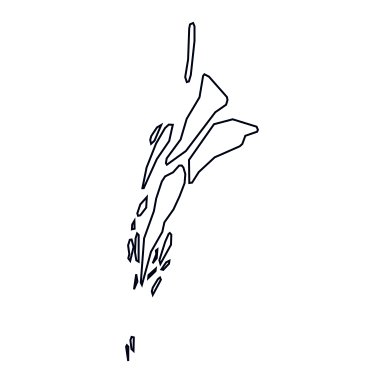 Essequibo I./L.B.E.River, Essequibo Islands-West Demerara, Guyana (Equal Earth projection)
{"feature_id": "73187651B51062108887281", "entity_name": "Essequibo I./L.B.E.River", "entity_type": "district", "adm_level": 2, "iso_a3": "GUY", "parent_name": "Guyana", "parent_adm1": "Essequibo Islands-West Demerara", "projection": "equal_earth", "projection_center": [-58.518, 6.771], "detail": "medium", "context": "isolated", "style": "outline", "palette": "ink", "viewbox_px": 384, "rotation_deg": 0, "n_neighbors": 0, "source": "geoboundaries", "source_scale": "gbopen_adm2", "svg_char_len": 1927}
<svg xmlns="http://www.w3.org/2000/svg" viewBox="0 0 384 384"><path d="M257.9,129.8L256.6,126.7L232.7,119.3L214.0,124.2L189.0,159.9L189.3,183.0L192.1,182.6L198.8,172.0L214.7,157.3L239.7,146.3L242.3,144.0L245.3,135.8L257.1,131.7L257.9,129.8ZM185.3,174.1L183.4,167.5L181.7,165.5L179.1,165.6L173.0,172.4L165.1,176.4L161.8,181.5L156.2,198.5L153.9,211.1L144.1,238.3L140.8,282.7L141.9,284.9L151.0,251.8L162.3,231.9L164.4,222.3L173.5,209.4L179.6,196.2L184.6,183.1L185.3,174.1ZM226.9,97.0L208.9,76.6L204.4,74.3L203.1,75.9L199.5,97.3L186.7,118.8L180.6,139.5L166.7,158.4L165.9,163.1L166.9,164.7L185.9,151.0L215.3,112.2L226.1,104.7L227.5,100.0L226.9,97.0ZM172.8,124.8L168.8,124.6L165.0,128.1L156.0,143.7L146.6,167.5L142.4,188.2L143.7,188.2L156.8,159.1L169.2,141.0L172.8,124.8ZM194.5,26.3L193.1,23.0L190.0,24.4L189.2,28.6L188.1,59.5L185.2,77.1L186.8,82.1L188.9,81.4L190.8,75.0L194.5,41.0L194.5,26.3ZM171.3,234.7L169.8,233.0L168.6,234.0L165.1,242.0L159.4,260.2L160.4,263.9L171.0,244.7L171.3,234.7ZM138.6,261.7L138.7,235.0L137.1,233.4L135.6,238.3L135.0,252.2L136.3,260.3L138.6,261.7ZM146.8,197.1L140.3,204.4L137.3,213.4L138.1,215.8L140.3,215.3L146.2,207.6L146.8,197.1ZM161.2,125.0L157.0,127.4L151.3,136.0L150.2,139.9L151.1,143.8L154.5,140.7L161.2,125.0ZM133.6,247.0L131.6,239.5L129.8,239.8L128.1,245.4L129.3,254.1L128.3,258.3L130.2,260.9L133.6,247.0ZM160.9,279.7L160.0,277.5L157.9,279.2L152.8,287.6L151.8,291.4L152.8,294.8L160.9,279.7ZM133.8,337.4L131.6,336.9L130.4,340.2L131.5,349.0L133.5,350.9L133.8,337.4ZM137.4,281.4L136.2,274.2L134.0,289.3L137.4,281.4ZM155.8,268.6L148.5,275.1L148.2,278.2L155.5,271.1L155.8,268.6ZM169.4,260.7L166.2,262.3L161.4,269.4L163.2,269.9L169.0,263.7L169.4,260.7ZM128.3,346.7L126.9,345.2L126.1,346.7L128.2,361.0L128.3,346.7ZM157.4,249.4L155.9,250.6L156.3,254.2L152.7,263.3L156.7,258.1L157.4,249.4ZM134.6,228.7L134.4,220.8L132.2,224.5L131.9,229.3L134.6,228.7Z" fill="none" stroke="#020617" stroke-width="2"/></svg>